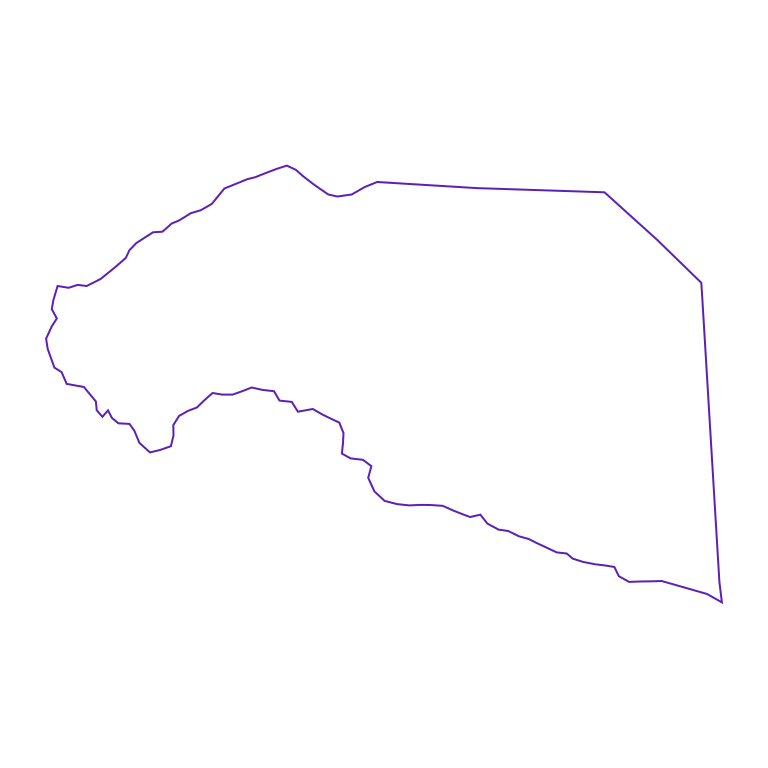 the district of Luzinópolis, Tocantins, Brazil
{"feature_id": "56859067B89820520671314", "entity_name": "Luzinópolis", "entity_type": "district", "adm_level": 2, "iso_a3": "BRA", "parent_name": "Brazil", "parent_adm1": "Tocantins", "projection": "robinson", "projection_center": [-47.877, -6.217], "detail": "fine", "context": "isolated", "style": "outline", "palette": "violet", "viewbox_px": 768, "rotation_deg": 0, "n_neighbors": 0, "source": "geoboundaries", "source_scale": "gbopen_adm2", "svg_char_len": 1539}
<svg xmlns="http://www.w3.org/2000/svg" viewBox="0 0 768 768"><path d="M102.4,416.8L108.0,410.4L111.9,417.9L118.4,423.3L129.5,423.9L134.4,430.8L139.4,442.9L150.0,452.4L159.9,450.0L170.9,446.2L173.5,435.5L173.3,425.1L179.1,415.9L188.2,410.8L196.9,407.5L204.2,400.4L212.6,393.0L222.3,394.6L232.6,394.6L243.3,390.8L251.6,387.5L262.5,389.9L274.0,391.2L279.5,400.6L291.8,401.9L297.9,411.7L312.8,409.0L322.2,414.4L329.9,418.2L339.3,422.6L343.5,433.1L343.0,442.9L341.9,453.6L350.6,458.4L362.9,459.8L371.4,466.2L368.2,477.8L374.4,491.4L384.6,500.9L397.0,504.1L409.3,505.4L420.3,504.9L430.1,505.0L442.6,505.8L453.2,510.5L461.5,513.8L470.0,517.0L480.4,514.7L487.4,523.6L498.5,529.6L508.2,531.0L519.0,536.3L528.7,539.0L535.8,542.6L545.2,547.0L556.7,552.4L566.7,553.5L572.7,558.6L583.0,561.9L595.3,564.3L605.5,565.5L614.4,567.0L618.8,576.2L629.1,581.9L639.8,581.5L652.8,581.3L661.6,581.0L707.0,594.0L721.9,602.4L719.4,581.9L702.1,295.1L701.3,282.8L657.0,239.7L604.5,192.3L476.7,188.1L377.1,182.0L364.8,187.0L351.7,194.5L337.3,196.5L328.3,194.5L320.9,189.4L314.1,184.7L303.2,176.3L295.8,169.8L286.8,165.6L276.6,168.9L265.5,173.1L255.3,177.2L247.3,179.2L224.4,188.5L211.8,203.9L200.6,210.3L190.8,213.2L178.8,220.6L171.7,223.5L162.5,231.7L153.0,232.3L136.4,243.0L129.5,250.1L125.8,257.9L115.6,266.8L100.7,278.9L86.7,286.0L77.6,284.9L68.6,287.8L57.6,286.0L53.4,300.0L51.8,309.1L56.8,318.5L51.8,326.3L46.1,338.7L47.7,348.9L54.4,367.6L61.6,372.1L66.7,383.9L83.9,387.0L95.9,401.5L96.7,410.2L102.4,416.8Z" fill="none" stroke="#5b21b6" stroke-width="2"/></svg>